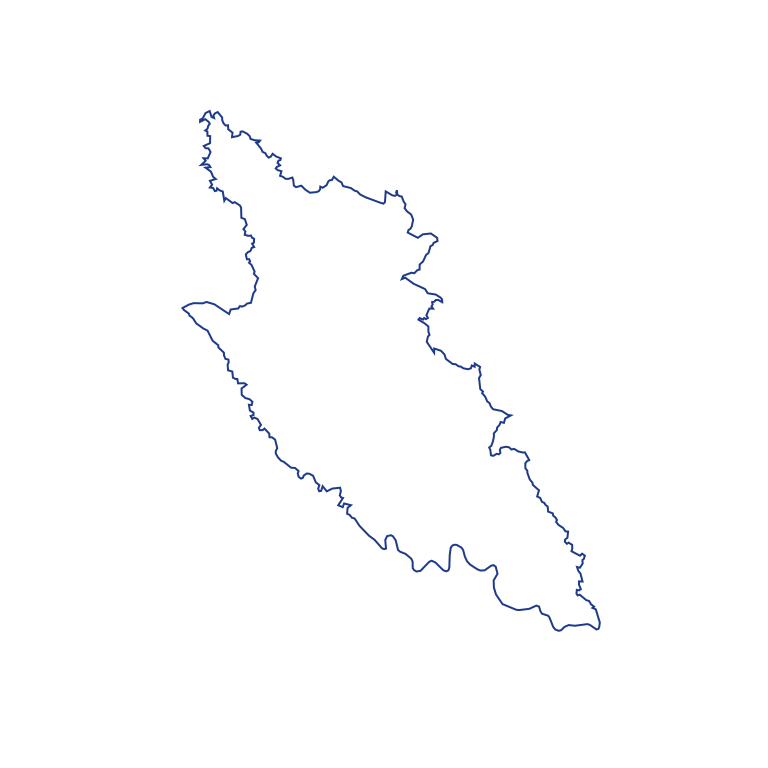 outline of Vacaria, Rio Grande do Sul, Brazil, rotated 144°
{"feature_id": "56859067B46589048309453", "entity_name": "Vacaria", "entity_type": "district", "adm_level": 2, "iso_a3": "BRA", "parent_name": "Brazil", "parent_adm1": "Rio Grande do Sul", "projection": "equal_earth", "projection_center": [-50.936, -28.365], "detail": "fine", "context": "isolated", "style": "outline", "palette": "blue", "viewbox_px": 768, "rotation_deg": 144, "n_neighbors": 0, "source": "geoboundaries", "source_scale": "gbopen_adm2", "svg_char_len": 6145}
<svg xmlns="http://www.w3.org/2000/svg" viewBox="0 0 768 768"><g transform="rotate(144 384 384)"><path d="M417.5,136.3L409.7,123.6L407.6,121.7L398.6,116.7L391.1,115.2L389.4,112.8L391.0,108.2L391.2,105.3L387.4,100.1L387.4,97.8L389.9,88.0L389.7,84.7L387.8,81.7L385.5,80.7L380.8,81.4L376.3,80.4L371.5,76.1L360.6,70.2L359.0,68.1L356.4,60.5L354.5,59.9L352.8,60.8L349.6,64.2L345.1,77.2L346.9,80.3L344.9,80.4L346.0,84.1L345.6,87.9L347.4,90.2L349.5,98.5L351.6,99.1L351.5,101.3L349.0,104.1L347.5,102.4L345.4,102.3L344.1,107.2L342.3,109.7L339.5,107.5L336.5,115.1L336.6,118.7L335.4,122.5L333.5,120.2L328.8,122.0L327.0,124.9L325.0,125.1L322.4,127.1L323.5,130.3L326.4,129.9L330.6,138.5L328.4,140.2L326.3,143.3L327.9,147.1L329.9,147.2L330.4,150.1L328.9,151.7L326.0,151.8L321.8,156.4L323.8,158.1L323.7,162.3L325.7,167.5L325.8,171.3L324.0,172.3L323.8,175.3L324.5,178.0L323.5,180.1L326.2,184.3L323.6,188.7L324.4,191.0L324.2,193.6L325.5,195.8L324.6,200.0L326.2,203.0L321.1,206.9L322.9,214.8L321.9,216.9L322.2,221.1L320.3,227.7L319.0,229.7L319.2,232.6L316.3,236.8L313.7,237.5L311.2,237.1L310.2,245.9L311.8,246.8L315.0,250.5L316.9,255.1L319.4,256.1L320.1,259.4L322.5,261.7L326.9,263.6L328.9,262.7L330.4,259.8L332.4,259.6L333.9,261.3L337.7,261.6L339.4,263.4L336.8,268.0L336.2,270.8L333.5,270.9L329.7,273.5L325.9,276.9L324.2,279.5L319.8,280.4L318.2,282.2L314.6,283.0L312.0,284.7L309.8,282.1L306.2,284.9L299.8,284.0L302.0,286.3L304.5,292.8L310.6,299.5L310.8,302.8L309.9,306.6L310.7,309.2L309.6,314.3L310.0,318.9L308.4,319.7L309.1,323.3L303.6,333.0L300.5,334.3L298.4,339.6L296.2,341.3L298.6,347.2L300.5,344.7L302.1,347.4L304.4,345.6L307.3,346.5L310.6,350.1L311.7,353.1L313.2,354.3L314.4,357.9L316.7,359.8L319.2,367.9L317.7,372.3L318.4,377.4L322.5,383.2L325.1,379.8L324.6,393.0L320.5,396.6L318.3,397.0L317.4,400.1L314.3,404.4L315.5,409.2L318.3,415.8L316.4,416.4L314.5,413.2L312.7,413.8L312.0,411.8L309.6,411.7L309.3,414.7L303.0,418.4L300.0,416.1L300.0,418.8L298.0,419.7L296.9,422.0L294.8,421.0L292.7,421.5L290.8,420.2L288.8,416.0L287.3,418.4L287.5,420.8L289.6,426.0L295.3,431.7L295.0,436.7L301.1,447.6L304.3,457.5L307.9,458.4L304.7,460.2L296.4,457.9L294.4,455.8L290.0,456.5L287.9,455.7L284.9,459.7L280.3,460.2L274.1,463.7L271.0,463.8L265.4,468.2L263.0,467.8L260.9,469.0L256.7,468.2L255.1,471.0L257.6,478.2L264.5,482.2L270.7,482.4L275.8,492.6L273.7,494.2L271.4,494.0L268.9,495.2L263.8,499.8L262.4,505.1L263.9,510.1L264.0,514.1L260.9,516.8L260.9,519.9L259.5,525.2L261.0,526.9L261.9,529.5L264.6,529.8L266.4,531.8L269.4,538.8L276.3,530.6L278.4,530.2L280.3,532.6L289.2,546.0L291.9,551.4L292.5,555.6L294.2,557.8L295.6,562.0L300.8,568.2L299.9,572.1L301.3,575.1L302.8,581.2L306.2,579.6L308.5,580.8L310.2,580.5L313.6,578.6L318.2,578.8L319.5,581.1L321.2,579.1L323.6,578.3L326.1,579.1L331.5,582.3L333.4,587.3L334.3,593.0L339.5,595.0L340.3,597.5L337.5,602.4L336.8,604.9L340.9,606.2L343.1,607.9L343.9,610.9L345.7,613.5L341.9,616.4L344.3,619.6L344.9,622.0L343.2,622.6L339.5,622.0L340.2,625.4L338.2,626.7L336.2,626.1L334.8,627.2L337.4,631.2L338.8,635.7L341.9,634.5L344.2,634.9L344.7,637.7L344.3,640.4L345.8,643.2L345.1,646.7L345.5,654.4L343.1,653.2L341.2,653.8L345.1,657.0L347.9,660.6L347.0,663.6L347.6,666.9L350.0,671.6L351.8,672.4L353.7,670.2L356.2,670.4L361.9,673.0L358.8,676.4L360.3,681.6L358.1,685.0L360.2,686.2L360.6,689.1L359.9,692.3L358.3,694.8L358.7,701.7L361.4,702.3L364.1,701.6L365.1,699.0L366.6,701.4L364.6,707.3L369.1,708.1L374.6,705.4L377.4,705.9L378.7,704.2L372.9,703.3L371.8,699.2L372.0,696.9L374.6,696.1L376.7,694.3L379.6,694.1L378.5,692.1L380.9,688.6L378.9,686.7L383.2,681.1L389.9,682.5L389.7,679.6L387.5,677.7L388.0,673.6L394.0,670.1L397.3,672.7L397.1,669.4L403.1,668.7L398.1,665.9L396.8,664.0L397.0,661.5L401.2,663.9L399.2,657.5L400.5,652.0L399.6,648.7L405.4,650.7L405.9,646.3L409.3,645.3L407.0,643.1L407.5,639.5L405.8,638.8L404.0,640.4L403.1,637.1L401.3,634.5L405.5,626.1L402.7,627.4L400.1,619.3L397.9,618.9L395.6,613.0L396.0,610.6L401.7,602.3L399.7,599.1L401.5,593.4L406.7,591.9L406.5,588.9L409.0,586.6L406.9,583.8L404.3,582.2L404.8,580.0L403.7,577.9L406.2,574.8L408.2,575.1L408.6,571.1L410.9,571.9L414.1,570.0L416.2,570.7L419.6,570.1L421.6,565.5L419.7,564.2L420.2,562.0L421.9,561.5L421.2,558.2L422.6,551.0L424.5,549.6L423.7,543.6L431.2,538.9L432.7,535.4L436.3,534.2L443.9,527.9L447.6,529.6L450.2,529.2L453.5,530.1L454.7,531.7L457.6,530.8L464.2,534.4L468.2,531.6L474.4,548.2L479.4,554.7L483.2,555.8L490.5,561.3L495.1,562.9L502.4,563.9L502.3,561.2L500.5,555.8L501.2,553.3L500.3,551.5L499.9,548.7L500.3,543.5L497.5,535.0L495.4,530.9L497.2,519.6L495.3,512.7L496.5,511.0L495.1,503.5L496.7,501.0L497.5,497.6L495.5,495.2L496.9,492.8L499.1,491.6L502.1,486.8L499.4,483.2L502.5,477.9L501.2,475.3L499.7,474.2L501.7,470.3L496.4,466.6L495.6,464.2L501.9,464.1L505.5,458.8L504.4,454.1L501.7,450.7L500.9,446.9L503.4,444.8L505.5,446.6L508.1,441.3L506.4,437.6L507.8,435.6L510.7,436.5L511.1,433.2L508.7,433.1L506.9,430.0L507.6,423.2L511.0,422.1L511.6,419.7L509.3,418.0L506.9,418.2L506.0,411.4L507.9,408.2L506.0,406.8L504.8,403.0L508.1,394.8L510.8,393.5L512.4,391.5L512.9,387.1L512.4,382.6L510.8,379.8L508.4,371.0L505.3,368.3L504.3,363.7L506.4,362.3L507.6,358.9L506.7,356.2L504.6,355.8L502.8,357.1L499.1,357.0L497.2,355.3L495.3,351.5L497.0,344.4L495.7,340.2L498.8,338.0L499.5,335.4L497.7,334.5L493.7,337.4L493.4,330.8L487.3,329.8L480.5,325.9L481.8,322.7L485.2,319.9L485.4,317.6L484.2,315.9L492.3,312.8L489.8,308.6L486.5,310.8L482.0,305.4L486.3,305.2L490.1,300.7L488.7,298.2L488.6,294.8L486.8,292.3L487.2,283.7L485.3,270.1L483.2,263.4L482.2,252.4L481.0,250.4L479.1,249.7L474.7,257.0L471.0,259.1L467.3,257.6L466.3,255.6L466.4,250.7L470.2,241.5L469.5,238.7L466.4,233.9L464.6,226.6L465.2,223.6L469.0,218.1L469.0,215.6L467.9,213.2L464.3,211.4L451.8,213.6L449.3,213.0L447.3,209.3L445.5,198.5L443.8,195.9L441.4,195.4L438.9,197.3L431.2,207.2L426.0,212.5L423.4,213.1L421.4,212.5L419.7,211.0L417.5,206.1L417.6,203.1L420.1,196.6L421.0,191.5L420.5,187.3L417.3,179.0L415.6,176.4L412.1,174.1L404.0,174.0L401.9,173.1L401.0,170.5L403.7,163.8L410.8,160.6L414.8,154.6L417.1,147.9L417.5,136.3ZM261.9,529.5L259.6,533.1L261.6,531.9L261.9,529.5Z" fill="none" stroke="#1e3a8a" stroke-width="2"/></g></svg>